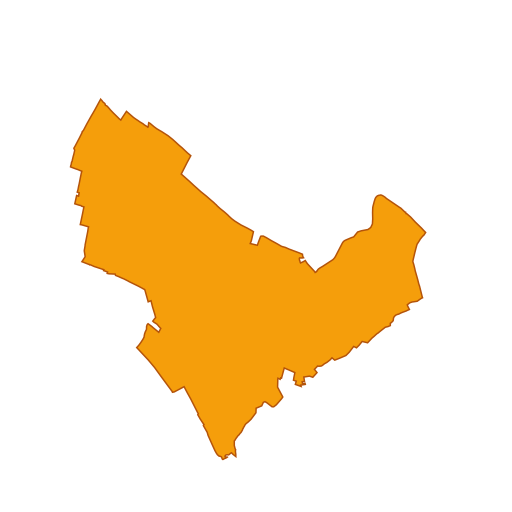 Dorohoi, Botosani, Romania, rotated 256°
{"feature_id": "2599482B4941820035294", "entity_name": "Dorohoi", "entity_type": "district", "adm_level": 2, "iso_a3": "ROU", "parent_name": "Romania", "parent_adm1": "Botosani", "projection": "natural_earth1", "projection_center": [26.424, 47.967], "detail": "fine", "context": "isolated", "style": "filled", "palette": "amber", "viewbox_px": 512, "rotation_deg": 256, "n_neighbors": 0, "source": "geoboundaries", "source_scale": "gbopen_adm2", "svg_char_len": 5997}
<svg xmlns="http://www.w3.org/2000/svg" viewBox="0 0 512 512"><g transform="rotate(256 256 256)"><path d="M281.3,395.9L283.3,394.1L284.3,393.0L284.8,392.3L285.1,391.5L285.0,391.1L285.2,390.2L285.1,389.2L285.0,388.4L284.7,387.7L284.2,386.9L283.7,386.3L283.1,385.7L280.6,384.1L276.4,381.8L275.0,381.1L273.4,380.6L269.9,379.6L263.7,378.2L258.9,376.7L255.9,374.2L254.6,371.0L255.0,364.1L254.7,360.4L250.9,355.4L250.7,352.8L249.8,347.2L249.6,346.2L249.3,345.2L248.8,344.3L248.2,343.5L247.4,342.7L236.5,333.1L235.4,332.0L234.5,330.8L233.8,329.6L233.1,327.6L229.8,318.1L229.0,315.3L228.4,313.8L228.0,313.0L227.3,312.2L226.8,311.8L226.7,311.4L226.6,311.1L226.2,310.9L225.8,309.9L225.7,309.4L226.6,309.2L236.1,304.0L238.2,303.2L239.7,302.7L239.3,301.5L238.9,299.8L238.5,297.5L239.7,297.3L240.4,297.4L240.9,297.3L241.5,297.2L243.1,297.4L243.6,297.8L243.2,299.2L242.8,300.9L242.8,301.7L243.2,301.5L244.6,301.3L246.5,301.5L248.7,298.5L250.9,295.3L252.4,293.1L253.4,291.7L254.6,289.9L257.2,286.6L258.0,285.2L258.7,283.9L259.2,283.2L259.3,283.0L262.8,279.4L267.3,274.5L271.2,270.6L273.5,268.0L274.0,266.2L274.0,265.3L269.0,261.8L266.1,259.9L269.5,253.4L271.8,255.1L280.2,259.4L282.1,257.6L285.0,254.5L289.7,249.0L295.1,243.8L298.1,241.4L301.3,239.3L302.7,238.5L306.2,236.1L310.8,232.6L313.8,230.6L315.3,229.8L316.4,229.0L318.2,227.9L321.4,225.6L326.0,222.4L331.8,218.0L339.6,212.7L345.0,209.2L346.7,208.0L353.6,203.3L363.4,211.8L369.1,217.0L372.8,214.3L378.8,210.5L382.4,207.9L389.2,203.4L393.8,199.9L399.8,194.3L400.3,193.7L403.6,190.4L405.2,189.1L405.9,188.5L409.9,185.6L410.6,185.0L411.3,184.2L410.0,183.6L407.7,182.8L407.2,182.4L407.1,182.2L408.1,181.5L410.2,179.4L411.7,178.3L414.2,175.8L416.4,173.9L418.0,172.4L420.0,170.7L427.7,165.3L422.3,159.4L420.6,157.7L422.3,156.4L423.7,155.6L429.4,152.1L433.1,150.0L434.6,149.3L436.9,148.1L437.8,147.5L438.3,146.8L438.7,146.4L439.2,146.2L439.7,146.4L440.2,146.3L440.9,146.0L442.2,144.9L444.3,144.0L445.4,143.3L445.7,143.2L443.8,141.4L436.7,134.9L436.5,134.7L436.2,134.4L433.6,131.9L432.5,130.8L432.1,130.4L425.2,123.9L419.7,119.0L418.6,117.4L418.3,117.4L416.9,116.3L413.6,113.5L406.2,106.9L405.0,105.7L404.8,105.5L404.3,105.3L402.8,105.7L402.3,105.6L398.9,103.9L396.8,102.7L393.5,101.0L392.5,100.6L391.6,99.7L389.7,98.9L387.9,97.8L387.3,97.6L384.0,102.4L383.0,104.0L381.1,106.5L380.4,107.5L378.6,106.5L376.9,105.7L374.4,104.5L368.4,101.7L366.7,100.8L363.4,99.3L361.2,98.0L360.1,99.7L357.0,98.3L358.1,96.6L350.5,92.8L348.2,96.5L347.2,98.4L346.4,99.0L345.3,100.9L338.1,97.5L329.0,93.1L328.2,94.8L324.8,100.6L323.5,99.9L320.6,98.7L308.2,92.9L307.2,92.6L303.1,90.8L302.4,90.6L296.8,90.1L296.1,89.5L292.6,85.7L288.0,92.2L288.0,92.4L287.6,92.6L287.7,92.8L287.6,93.0L287.2,93.6L285.0,96.4L283.5,98.8L279.5,105.1L278.7,104.6L276.4,108.1L275.1,107.4L274.3,109.0L272.5,115.0L271.2,115.0L269.2,117.8L268.1,119.1L267.7,119.7L266.8,120.8L265.9,122.1L262.6,125.9L261.8,126.7L255.1,134.7L250.3,139.9L249.1,140.0L237.6,140.3L238.0,143.3L231.5,143.3L223.7,143.7L220.5,143.7L219.5,142.2L218.9,141.5L217.8,140.1L216.6,140.8L214.1,143.2L213.3,143.7L212.5,144.1L211.8,144.5L211.4,144.6L208.8,146.1L205.5,143.2L211.4,138.8L212.9,137.8L216.4,134.9L216.1,134.3L215.6,133.7L214.8,133.2L213.9,132.7L212.0,132.2L211.2,131.9L210.8,131.6L209.3,130.3L207.3,129.0L205.5,128.2L204.4,127.8L202.4,126.0L199.9,123.3L197.6,120.5L196.0,118.1L181.4,126.2L172.4,130.6L161.2,135.1L145.5,141.6L144.5,142.0L144.0,142.0L143.9,143.8L146.6,154.6L139.7,156.3L133.0,158.1L118.1,161.5L117.0,161.9L116.1,161.1L111.1,162.5L105.0,164.7L104.8,164.4L104.2,163.9L96.7,166.0L93.5,166.1L84.5,167.7L77.0,169.1L74.1,169.9L72.5,170.5L70.7,171.8L70.6,172.3L70.2,172.9L69.6,173.7L69.3,173.9L68.9,174.0L67.4,174.1L66.9,174.3L66.7,174.4L66.6,174.7L66.6,174.9L67.1,176.6L67.2,176.8L67.1,177.3L67.5,178.8L67.8,179.5L67.9,179.4L68.0,178.7L68.4,177.9L68.7,177.5L68.9,177.4L69.1,177.4L69.5,177.6L69.8,178.0L70.1,178.5L70.2,179.0L70.2,179.8L69.7,181.1L69.7,181.5L70.8,183.8L71.0,184.6L69.0,185.8L66.3,187.9L68.9,188.5L69.5,188.5L71.4,188.8L72.2,189.0L73.0,189.4L74.0,189.1L77.4,189.1L81.8,190.2L82.5,191.2L83.4,192.0L84.2,192.9L84.9,193.8L85.8,194.8L86.8,196.6L87.7,197.5L88.1,198.3L88.5,198.8L88.7,199.1L89.0,199.4L90.0,200.3L90.6,200.9L91.4,201.3L91.8,201.8L93.1,202.9L93.8,203.7L94.4,204.1L95.5,205.4L96.1,206.6L96.7,208.0L98.8,211.7L103.9,218.0L108.3,219.3L109.2,225.3L112.2,227.7L112.5,229.5L110.9,231.1L105.8,235.1L105.4,236.7L106.7,239.7L111.4,246.4L112.7,247.9L123.5,245.2L129.9,247.0L131.0,247.2L132.1,247.7L130.5,249.6L131.8,250.4L131.3,251.2L140.5,256.3L133.5,265.5L128.8,263.3L126.4,262.3L124.8,264.8L121.9,263.1L118.5,268.2L119.9,268.1L119.5,272.8L120.6,272.8L120.7,270.2L122.9,270.4L122.5,272.7L127.0,273.1L126.5,278.8L124.6,281.8L128.1,287.0L131.9,285.3L134.0,288.7L134.3,289.0L133.9,290.2L133.5,292.1L133.5,293.1L134.2,294.9L134.9,296.3L135.2,297.5L135.6,299.0L137.3,302.8L138.8,305.1L135.9,307.2L136.7,313.0L137.7,319.2L140.1,323.2L144.6,328.9L142.6,331.3L144.5,334.5L147.4,338.3L144.8,343.3L148.3,348.7L149.5,351.2L150.5,353.0L151.4,354.7L151.7,355.8L152.7,357.8L155.6,364.2L155.6,366.4L155.6,367.3L155.8,368.2L155.9,369.1L156.0,369.5L156.8,369.7L158.0,369.9L158.3,370.1L158.4,370.4L158.5,371.0L159.0,371.8L159.7,373.0L160.0,373.3L160.4,373.6L162.5,374.4L163.2,374.9L164.3,376.3L164.5,376.8L164.8,377.3L165.1,379.1L165.1,380.5L165.6,382.5L166.0,385.1L166.0,385.6L166.2,387.0L166.3,388.4L166.5,389.1L167.0,391.9L171.0,391.0L172.1,391.0L172.5,392.0L173.3,393.7L173.5,394.9L173.6,396.4L173.4,398.2L173.1,401.5L174.1,404.0L174.8,405.8L175.2,407.5L175.6,407.4L187.2,407.4L189.4,407.2L193.5,407.2L197.2,407.1L203.2,406.9L205.3,407.0L209.9,407.0L212.5,406.8L213.8,407.3L220.8,410.9L224.7,413.0L228.1,414.9L228.5,415.2L231.6,418.5L232.5,419.3L235.1,422.8L235.1,423.0L235.6,423.9L236.3,424.7L237.8,426.3L240.0,425.0L243.1,423.3L250.5,418.7L256.5,415.4L260.6,412.5L260.9,411.8L262.3,411.8L262.6,411.1L267.4,408.1L268.5,407.0L279.8,396.9L280.7,396.1L281.3,395.9Z" fill="#f59e0b" stroke="#b45309" stroke-width="1.5"/></g></svg>